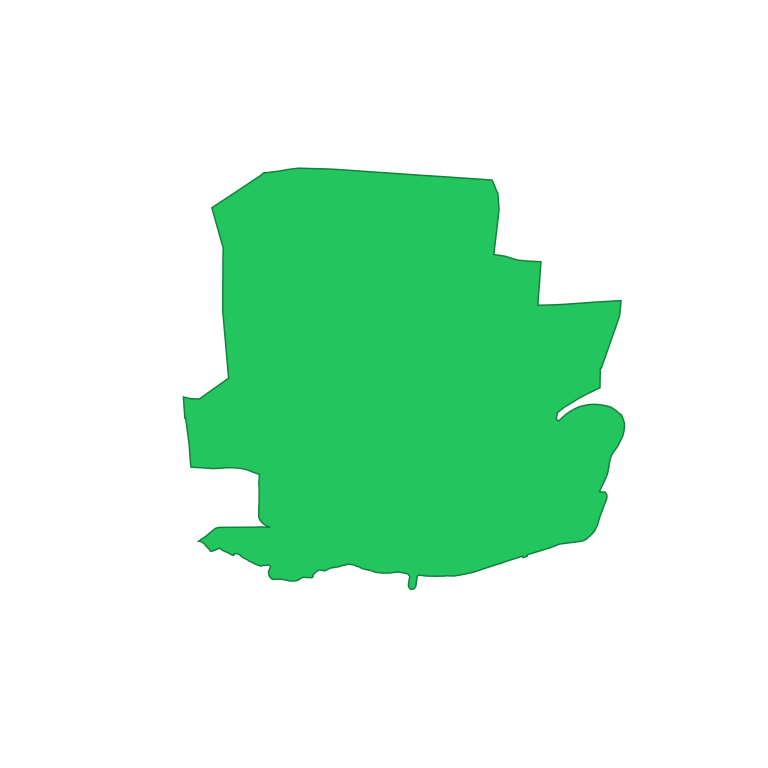 Comuna 14, Ciudad de Buenos Aires, Argentina (Albers equal-area conic projection), rotated 145°
{"feature_id": "61730980B11409583290546", "entity_name": "Comuna 14", "entity_type": "district", "adm_level": 2, "iso_a3": "ARG", "parent_name": "Argentina", "parent_adm1": "Ciudad de Buenos Aires", "projection": "albers", "projection_center": [-58.419, -34.574], "detail": "fine", "context": "isolated", "style": "filled", "palette": "green", "viewbox_px": 768, "rotation_deg": 145, "n_neighbors": 0, "source": "geoboundaries", "source_scale": "gbopen_adm2", "svg_char_len": 5715}
<svg xmlns="http://www.w3.org/2000/svg" viewBox="0 0 768 768"><g transform="rotate(145 384 384)"><path d="M181.3,475.0L181.6,475.1L178.4,488.9L180.1,490.4L189.6,498.1L207.3,512.3L209.9,514.5L217.9,520.9L224.4,526.1L231.0,531.4L232.0,532.1L234.2,533.9L235.8,535.2L243.8,541.7L251.9,548.3L253.0,549.2L259.2,554.2L267.3,560.7L269.3,562.3L275.1,567.0L275.3,567.2L284.4,574.5L294.1,582.4L302.1,588.8L304.0,590.3L310.1,594.9L310.2,595.0L311.6,596.0L320.8,602.8L329.9,609.6L330.5,610.0L336.6,613.2L338.4,614.2L348.5,618.9L359.6,624.8L361.1,626.0L365.6,625.6L366.4,625.6L374.7,625.8L386.1,626.1L388.4,626.1L398.9,626.4L411.4,626.7L422.6,627.1L423.9,627.1L428.1,615.2L432.1,603.7L435.7,593.4L437.6,587.7L445.1,577.5L450.6,569.7L454.1,564.7L454.7,563.8L455.3,563.1L465.0,549.3L474.4,535.9L479.4,527.3L483.4,520.4L491.0,507.2L491.9,505.8L495.4,499.7L505.9,481.5L507.8,477.9L514.7,477.9L526.1,477.8L543.0,477.6L543.9,477.6L548.9,481.4L550.1,482.3L550.8,482.9L555.8,488.4L561.0,479.8L566.6,470.4L565.9,470.2L576.6,449.4L577.8,447.2L586.7,432.1L588.2,429.6L589.8,426.6L578.4,417.5L572.6,412.8L568.6,410.2L561.0,405.7L556.1,402.3L550.7,397.9L546.4,393.6L539.9,384.1L537.9,381.4L539.1,379.9L543.2,374.9L545.6,370.9L554.8,357.8L557.9,354.0L561.4,348.9L562.9,346.8L563.6,344.3L563.6,342.6L563.4,340.5L563.0,338.7L562.1,336.4L559.4,331.7L566.1,337.1L566.7,337.5L570.7,340.0L574.4,342.5L601.4,361.2L604.7,362.4L608.9,362.2L618.4,361.4L621.9,361.6L626.0,361.4L625.1,360.8L624.3,360.0L623.8,358.5L623.1,357.1L622.7,355.0L622.9,354.2L622.5,352.8L622.4,351.4L621.9,349.7L622.0,348.8L622.1,346.8L622.0,346.6L621.0,345.8L617.5,344.7L614.9,344.3L613.4,344.2L612.8,343.3L612.1,341.8L611.4,339.9L609.9,337.2L609.1,336.2L608.2,334.6L607.6,333.2L607.0,331.8L606.2,330.6L605.3,329.8L604.8,330.3L603.8,330.8L602.8,330.3L602.1,329.6L601.2,328.5L600.2,326.8L599.9,325.8L599.8,324.7L599.5,323.2L597.8,320.3L596.6,318.0L595.9,315.9L594.7,314.2L592.2,309.3L590.5,307.1L589.6,305.8L588.7,305.3L587.6,304.9L586.6,304.4L585.4,303.5L584.3,302.9L583.6,302.5L583.0,302.4L582.0,301.6L581.5,299.8L581.8,299.3L582.5,298.8L584.0,298.0L585.4,297.2L585.9,296.8L586.8,295.7L587.4,294.3L587.9,293.1L588.2,291.4L588.0,290.2L587.7,288.6L587.2,287.7L586.8,287.5L586.2,287.1L585.4,286.6L584.5,286.0L583.7,285.7L582.6,284.8L581.0,283.5L579.6,282.6L578.9,281.8L577.4,280.2L576.4,279.2L574.8,277.5L573.7,276.3L572.6,275.5L570.7,274.3L568.5,273.0L567.0,272.7L565.1,272.5L564.4,272.5L562.6,272.5L560.1,271.6L559.1,270.4L558.4,269.9L558.0,269.5L557.1,268.9L555.9,268.1L554.6,266.9L553.5,266.6L552.5,267.0L552.0,267.9L551.0,268.4L548.1,269.0L544.8,269.0L543.7,268.8L542.9,268.1L541.9,267.3L541.0,266.6L540.5,265.4L539.3,264.7L537.8,264.7L535.2,264.3L532.4,263.5L529.3,262.0L526.5,260.5L523.9,259.7L521.6,258.9L520.0,258.1L516.7,257.0L515.6,256.1L515.2,255.6L513.4,254.0L512.3,253.0L511.6,251.6L510.9,250.2L510.0,249.3L508.9,248.1L508.4,246.7L507.5,245.0L506.5,243.9L504.8,241.9L501.5,238.5L500.9,237.4L500.2,236.5L499.6,235.5L498.6,234.2L497.0,232.8L495.7,232.0L494.6,230.7L492.8,229.4L490.4,227.7L487.7,225.8L486.1,225.0L483.8,224.0L482.6,223.0L481.0,222.6L474.3,216.0L473.8,215.2L473.4,214.1L473.2,212.6L473.4,211.3L474.2,210.6L475.7,209.2L478.5,206.4L479.9,204.4L480.1,203.7L480.2,202.5L480.2,201.5L479.9,200.9L479.7,200.2L478.5,199.6L477.7,199.2L477.0,199.1L475.9,199.2L474.8,199.8L473.5,200.4L472.1,202.1L469.7,204.6L468.3,206.2L467.4,207.0L466.5,207.7L465.1,207.5L464.4,206.9L462.8,205.4L460.2,203.1L458.0,201.3L456.3,200.1L453.3,197.9L451.4,196.5L449.5,195.3L448.0,194.3L446.1,193.0L444.9,192.1L442.9,191.2L441.0,189.6L439.0,188.2L436.9,186.6L435.1,185.7L432.4,184.5L430.1,183.3L428.6,182.8L425.9,181.5L423.5,180.5L421.6,179.7L418.1,178.3L415.1,177.5L413.0,176.8L410.0,176.0L405.0,174.5L400.6,173.1L396.5,171.9L391.4,170.1L383.2,167.9L369.4,163.5L369.7,162.0L365.1,160.8L364.6,161.9L364.4,162.0L363.2,161.5L341.7,154.5L332.1,152.2L330.9,151.6L327.4,149.8L317.4,144.5L315.5,143.5L314.9,143.2L311.8,141.7L309.6,141.1L306.5,140.9L298.8,142.0L296.1,142.8L290.1,145.9L288.8,146.9L284.6,150.5L275.0,157.1L266.7,162.8L265.0,165.5L264.8,168.5L269.4,172.2L260.3,177.4L259.0,178.1L257.9,178.8L255.7,180.1L253.4,181.6L251.2,183.3L248.7,185.8L247.4,187.0L245.9,188.8L243.9,190.8L241.9,192.6L240.5,193.8L238.8,194.9L236.3,196.1L233.3,197.2L229.3,198.6L226.4,200.0L223.1,201.7L220.6,203.1L217.8,204.8L215.4,206.9L213.2,209.1L211.4,211.2L210.1,213.1L209.2,214.9L208.5,217.2L207.7,220.1L207.4,221.8L207.3,222.6L207.8,224.0L208.1,224.9L208.4,226.2L208.8,227.9L209.5,230.2L210.4,232.4L211.0,234.0L211.9,235.5L213.6,237.7L215.0,239.2L216.4,240.6L217.7,241.9L220.1,244.1L221.8,245.5L223.7,247.0L225.6,248.2L228.3,249.7L230.4,250.7L232.2,251.5L234.1,252.3L236.4,253.1L239.2,253.8L242.4,254.3L243.0,254.3L243.9,254.4L244.5,254.5L245.7,254.6L246.6,254.7L247.5,254.8L248.0,254.8L248.6,254.8L249.5,254.8L250.2,254.8L250.7,254.8L251.4,254.8L252.3,254.8L253.1,254.7L253.8,254.6L254.8,254.5L255.5,254.5L256.1,254.4L257.0,254.3L257.6,254.2L258.5,254.0L259.5,253.9L260.8,253.7L261.6,253.5L262.2,253.4L263.0,256.5L262.3,257.2L258.4,261.1L254.8,261.2L249.7,261.6L242.1,261.0L232.5,260.5L222.8,259.3L214.7,258.0L209.2,257.0L207.7,259.2L206.4,261.0L202.4,266.5L197.5,273.1L196.8,272.4L188.1,278.7L179.8,284.6L172.1,290.2L167.4,293.5L164.3,295.7L156.7,301.2L152.7,304.1L152.2,304.4L147.6,309.7L142.0,316.3L145.4,318.5L159.1,326.9L162.1,328.8L163.7,329.8L170.5,333.8L186.5,343.4L188.1,344.3L194.0,348.0L197.5,350.2L200.4,352.0L202.6,353.5L212.8,360.3L204.7,370.3L198.5,377.8L192.4,385.4L185.3,394.1L194.3,401.1L195.9,402.3L203.2,408.6L203.7,409.1L211.6,419.3L219.7,427.0L214.7,432.8L206.0,442.5L199.7,449.6L189.9,460.7L187.0,465.4L181.3,475.0Z" fill="#22c55e" stroke="#15803d" stroke-width="1.5"/></g></svg>